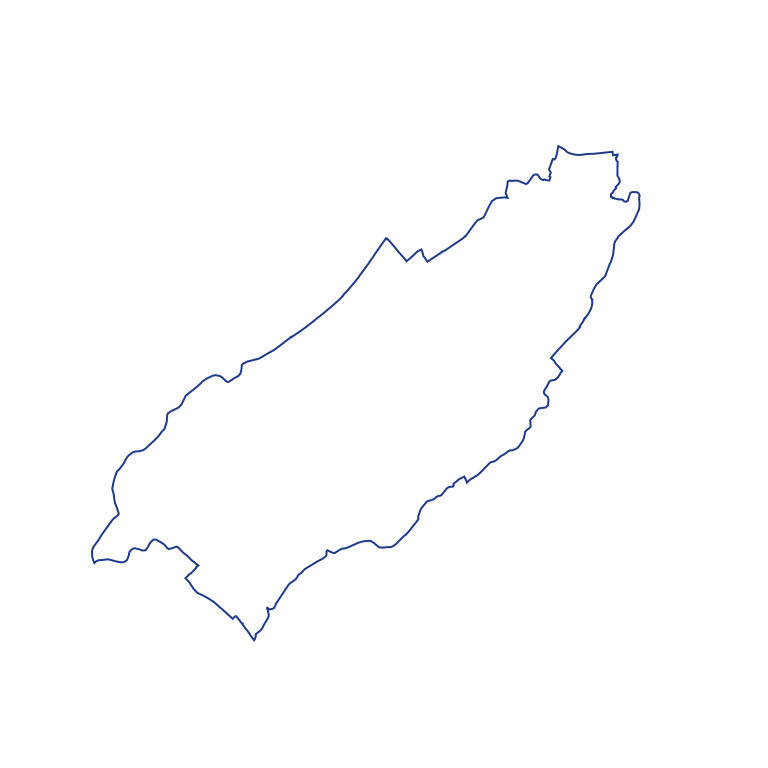 Maliuc, Tulcea, Romania (Natural Earth projection), rotated 132°
{"feature_id": "2599482B10791122672242", "entity_name": "Maliuc", "entity_type": "district", "adm_level": 2, "iso_a3": "ROU", "parent_name": "Romania", "parent_adm1": "Tulcea", "projection": "natural_earth1", "projection_center": [29.072, 45.185], "detail": "fine", "context": "isolated", "style": "outline", "palette": "blue", "viewbox_px": 768, "rotation_deg": 132, "n_neighbors": 0, "source": "geoboundaries", "source_scale": "gbopen_adm2", "svg_char_len": 6098}
<svg xmlns="http://www.w3.org/2000/svg" viewBox="0 0 768 768"><g transform="rotate(132 384 384)"><path d="M661.4,309.1L659.5,309.4L657.5,310.3L656.1,311.8L655.2,311.8L650.6,311.0L648.8,310.9L645.9,311.2L643.8,312.0L637.1,313.3L634.3,314.1L633.2,314.6L632.2,315.8L629.8,319.1L628.9,320.9L628.4,321.1L628.2,320.4L628.2,318.5L627.5,317.6L625.2,316.2L623.8,315.9L621.7,316.5L619.9,317.2L597.0,320.6L594.6,320.4L589.5,319.2L588.1,319.0L585.6,319.2L584.7,319.6L582.0,319.8L579.9,318.9L575.6,319.1L574.5,319.0L560.1,314.7L554.9,312.7L551.7,312.1L550.4,312.2L549.2,312.6L546.8,314.7L545.4,314.8L545.2,313.9L543.9,309.6L542.8,307.6L537.3,306.1L534.6,305.1L533.7,304.5L533.6,304.0L531.5,302.5L528.8,301.1L519.4,297.0L515.0,294.3L511.7,291.3L510.0,289.6L509.4,288.5L509.5,288.1L508.9,285.1L508.7,279.1L508.6,278.3L506.7,275.8L505.5,274.6L502.7,272.0L500.6,269.7L499.3,269.1L497.0,268.3L495.9,268.1L485.6,267.6L482.4,267.3L482.0,267.0L479.4,266.9L476.5,266.9L461.5,267.9L461.1,268.1L460.5,269.2L460.0,269.6L453.8,272.5L450.8,273.2L444.1,273.4L443.0,273.5L441.2,273.0L439.3,271.4L436.8,270.1L432.9,269.4L430.9,268.8L429.7,267.6L428.1,267.0L419.6,267.4L418.2,267.2L416.5,266.3L415.1,264.9L413.7,264.0L412.9,264.3L412.0,265.4L410.9,265.5L407.8,264.9L405.2,264.7L399.1,262.4L401.0,257.7L401.9,256.4L397.1,256.0L389.5,253.6L385.0,253.1L371.9,252.6L370.1,252.0L367.8,250.3L365.0,249.5L359.3,248.9L355.9,247.7L350.4,246.5L349.0,246.0L347.6,244.4L345.9,243.4L342.6,242.1L340.6,242.0L335.8,242.5L333.0,243.0L330.8,243.8L326.4,246.2L325.2,247.1L323.9,247.3L319.2,246.4L317.7,246.5L317.1,246.9L313.4,250.9L312.0,251.2L310.4,251.3L306.6,250.9L303.0,252.5L299.1,252.6L297.8,252.0L293.3,248.1L290.1,247.9L287.1,250.0L284.9,252.0L284.0,253.9L284.2,257.6L284.0,258.5L283.2,259.5L281.8,260.5L277.1,261.3L271.6,262.7L270.9,262.7L269.8,262.3L266.7,259.9L266.0,259.6L263.4,259.2L259.3,259.7L257.3,260.3L255.0,260.1L253.8,270.5L252.9,273.4L252.9,275.3L253.1,277.3L241.0,277.5L238.7,277.3L230.5,277.3L215.8,276.3L210.4,276.4L210.1,277.2L206.7,277.5L203.0,278.2L202.9,278.5L201.2,278.6L201.1,279.0L200.5,279.0L200.4,278.6L199.5,278.6L193.2,279.5L190.7,280.2L187.5,281.4L185.5,282.7L183.7,284.0L182.5,285.6L181.9,285.6L181.8,286.8L181.2,288.3L180.8,288.8L179.6,289.5L172.3,291.8L168.5,292.6L165.9,292.6L157.3,291.8L155.6,291.9L143.9,296.5L141.9,297.0L135.1,300.0L128.5,304.5L126.5,306.2L124.7,307.1L123.3,307.6L121.1,308.0L119.4,308.1L118.0,308.6L109.7,307.9L104.3,307.1L103.7,306.9L100.8,306.7L96.3,307.3L94.0,307.9L83.4,311.4L79.7,314.1L74.8,319.1L73.3,319.8L72.9,320.2L72.0,322.0L71.9,323.6L72.3,324.5L75.2,327.9L77.1,328.8L84.0,325.9L84.6,325.4L86.0,325.9L86.5,326.0L87.7,327.8L87.3,329.9L88.4,331.6L89.7,332.9L91.8,336.7L92.1,338.2L92.8,338.2L92.9,338.4L92.3,338.8L93.0,340.6L91.1,342.3L87.8,342.0L86.7,342.7L83.2,342.5L82.7,343.6L78.4,343.5L76.2,343.9L74.5,345.7L72.9,350.0L66.4,355.8L62.7,358.8L62.2,361.0L61.9,361.8L60.5,363.2L59.5,362.8L58.0,363.3L57.1,364.0L60.0,366.1L60.8,366.9L58.5,369.5L72.6,382.2L76.9,386.7L82.9,391.8L85.7,395.5L88.2,400.1L89.1,403.0L88.9,406.6L90.5,413.6L93.8,411.7L97.0,409.7L100.3,408.2L101.1,407.7L103.1,407.6L103.9,409.1L114.2,404.9L115.3,401.5L119.0,400.1L118.9,399.0L119.1,398.4L119.9,398.3L122.1,397.3L124.2,400.2L124.6,401.6L125.6,402.3L125.9,402.2L126.6,404.0L126.8,405.6L126.6,406.6L126.0,408.1L125.8,409.5L126.0,410.5L126.7,411.4L127.8,412.3L128.8,412.7L138.4,411.6L140.4,412.2L141.4,415.2L143.3,420.3L144.7,422.3L147.6,424.9L148.2,426.2L150.6,427.6L153.9,425.2L160.2,421.7L160.8,421.1L163.0,416.7L164.2,418.8L170.3,424.5L170.7,424.8L175.0,426.0L175.9,426.1L182.3,424.7L189.4,422.5L192.8,421.7L194.2,421.6L198.3,423.3L198.6,423.8L199.1,424.0L203.1,424.0L219.7,422.3L219.8,422.7L222.5,422.7L231.1,424.8L244.3,428.1L245.3,428.6L245.6,428.9L246.9,429.3L246.9,429.1L263.3,433.4L264.0,433.5L262.8,438.6L262.8,439.8L260.1,444.1L259.3,445.5L259.1,446.3L263.6,447.9L269.4,448.3L277.8,449.4L277.1,452.4L276.2,460.8L274.8,469.8L274.0,476.4L273.9,479.0L274.6,478.9L274.6,480.0L288.8,478.3L304.9,476.1L318.8,474.8L321.6,474.3L329.5,473.9L338.2,473.7L344.6,473.8L344.8,473.6L346.2,473.5L350.1,473.6L357.8,474.4L370.5,476.1L390.7,479.5L399.1,481.2L410.8,484.0L410.6,484.3L412.6,484.9L413.1,484.8L417.0,485.5L431.9,488.3L439.6,491.0L446.0,493.0L449.3,494.2L459.0,500.7L463.8,502.5L464.5,502.4L465.7,501.9L468.1,500.0L470.0,498.8L472.3,497.8L473.5,497.5L475.8,497.7L480.5,499.4L485.6,500.6L486.5,501.0L487.0,501.5L487.4,502.3L487.6,503.7L487.4,507.9L487.7,510.5L488.2,511.9L490.0,514.8L491.0,515.8L492.7,516.9L498.1,519.2L501.6,520.2L504.8,520.7L505.3,520.5L509.1,520.9L516.1,521.9L523.0,523.2L525.8,523.4L533.6,521.1L535.4,520.8L536.7,520.8L539.1,521.1L541.0,521.7L546.9,524.1L550.5,524.9L551.7,524.6L556.6,520.9L558.7,519.5L563.8,517.3L565.2,517.1L568.5,517.2L573.9,516.7L579.5,516.9L590.1,517.9L592.4,518.2L594.5,518.8L597.6,520.8L600.7,523.7L602.8,525.0L607.1,525.8L609.9,526.0L613.0,525.4L616.1,524.6L618.9,524.1L623.8,523.7L628.0,523.8L628.9,523.5L634.4,521.2L639.2,518.6L642.4,516.6L643.7,515.8L644.3,515.0L645.7,512.7L647.0,510.8L648.8,508.9L652.2,504.6L654.9,499.4L657.6,494.7L658.8,493.9L662.1,494.3L665.6,494.9L668.7,494.7L684.2,493.0L691.5,491.7L699.7,490.9L702.6,489.7L704.4,488.4L706.3,486.6L707.6,485.2L709.6,482.1L710.9,479.4L708.7,479.3L706.4,478.5L702.4,474.8L699.7,472.6L698.0,470.2L696.1,466.3L692.8,460.4L691.4,458.9L689.0,457.6L686.7,457.2L682.9,458.6L680.2,460.2L678.8,460.8L676.5,460.9L674.6,460.5L673.0,459.5L670.8,455.7L669.4,452.1L667.0,449.9L664.5,450.2L660.0,451.2L658.0,451.5L655.2,451.4L654.1,451.2L653.4,450.8L652.8,450.1L652.1,448.9L650.9,443.6L650.3,439.7L651.0,435.4L650.7,433.5L647.7,431.5L644.3,429.8L643.2,428.8L643.7,420.2L643.3,415.4L643.7,408.8L643.1,400.6L646.1,400.9L646.6,400.5L654.3,400.8L655.1,401.3L661.2,401.6L661.6,395.9L663.0,391.1L663.0,390.4L663.6,388.9L664.1,383.8L664.0,382.5L662.6,378.1L661.1,372.0L659.8,364.4L659.7,352.9L659.7,339.3L657.1,339.3L656.0,339.1L655.6,338.8L655.9,335.9L657.0,329.5L656.5,328.9L656.8,328.4L657.2,328.2L657.4,327.7L658.5,322.7L658.7,320.4L659.9,315.7L661.4,309.1Z" fill="none" stroke="#1e3a8a" stroke-width="2"/></g></svg>